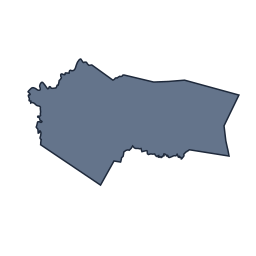 Trinidad de Copan, Copán, Honduras, rotated 9°
{"feature_id": "27666195B52553444667575", "entity_name": "Trinidad de Copan", "entity_type": "district", "adm_level": 2, "iso_a3": "HND", "parent_name": "Honduras", "parent_adm1": "Copán", "projection": "equal_earth", "projection_center": [-88.827, 14.944], "detail": "fine", "context": "isolated", "style": "filled", "palette": "slate", "viewbox_px": 256, "rotation_deg": 9, "n_neighbors": 0, "source": "geoboundaries", "source_scale": "gbopen_adm2", "svg_char_len": 5445}
<svg xmlns="http://www.w3.org/2000/svg" viewBox="0 0 256 256"><g transform="rotate(9 128 128)"><path d="M44.3,158.2L109.8,188.7L119.3,162.8L126.0,162.8L126.1,162.6L126.3,159.8L126.3,158.4L127.6,156.7L127.7,154.5L127.6,152.4L129.5,150.4L131.4,149.6L132.7,149.8L134.3,147.6L135.4,145.0L137.4,146.7L138.8,147.0L141.4,146.6L142.5,146.8L144.1,146.2L144.8,147.9L145.5,149.2L149.5,147.5L150.5,147.7L151.2,150.4L152.3,151.0L154.6,150.0L156.4,150.0L158.4,149.5L159.7,151.1L160.6,151.4L161.2,151.7L161.3,151.4L161.4,151.1L162.2,150.8L162.3,150.6L162.6,150.4L162.8,151.0L162.8,151.6L162.9,152.0L163.0,152.1L163.3,152.1L163.6,151.8L163.8,151.4L164.2,151.3L164.9,151.7L165.3,152.0L165.5,151.9L165.5,151.3L165.8,151.1L166.2,151.2L166.5,151.1L166.5,150.7L166.8,150.2L167.8,150.0L168.0,149.7L167.7,149.2L167.4,148.6L167.5,148.0L168.2,147.9L169.2,148.2L169.6,148.4L170.0,149.0L170.5,149.5L170.9,149.7L171.1,149.4L171.1,149.0L171.4,148.8L171.9,149.4L172.3,150.1L172.5,150.5L173.2,150.7L173.9,150.5L174.8,150.0L176.3,149.1L177.0,148.6L177.7,148.2L178.3,148.1L179.7,148.0L180.3,147.0L180.6,146.3L181.5,147.4L181.8,148.2L182.1,148.7L182.4,148.9L182.7,148.9L183.3,148.0L183.6,148.2L183.8,148.7L183.9,149.0L184.5,148.9L184.8,148.9L185.2,149.3L185.3,149.6L185.4,150.2L185.6,150.2L186.1,149.7L186.4,149.0L187.4,147.4L187.6,146.6L187.5,146.1L187.2,145.2L187.5,144.7L187.9,144.3L188.3,143.6L188.7,142.9L189.8,142.1L190.2,141.4L190.7,141.3L192.0,139.9L232.2,139.9L230.1,134.1L229.1,131.7L226.6,125.3L222.5,110.8L232.4,78.1L176.4,71.9L160.7,75.7L146.2,78.6L116.3,76.3L115.8,76.3L115.2,76.4L114.8,76.5L114.6,76.6L114.5,76.8L114.3,77.2L114.2,77.5L113.9,77.8L113.6,78.0L113.2,78.2L112.9,78.3L112.5,78.3L112.1,78.2L111.8,78.2L111.5,78.4L110.9,78.9L110.2,79.5L109.7,80.1L109.4,80.3L109.2,80.4L108.8,80.3L108.5,80.3L108.2,80.4L107.9,80.6L107.7,80.7L107.3,81.4L106.8,82.1L106.3,82.6L105.6,83.1L82.4,71.4L80.0,72.1L79.5,72.2L79.4,72.1L78.8,71.7L77.9,71.0L77.5,70.6L77.0,69.9L76.8,69.7L76.6,69.6L76.4,69.6L75.9,69.6L75.3,69.6L75.1,69.7L74.7,69.8L74.1,70.3L73.9,70.3L73.7,70.3L73.3,70.1L72.7,69.4L71.8,68.6L70.8,67.4L70.6,67.4L70.3,67.3L70.2,67.3L69.9,67.5L69.6,67.8L69.1,68.3L68.5,69.5L68.0,70.5L67.7,71.3L67.2,73.5L67.0,74.6L66.7,76.7L66.5,77.6L66.3,78.1L66.1,78.5L65.8,79.0L65.5,79.4L65.3,79.6L65.0,79.8L64.6,79.9L64.1,80.1L63.6,80.2L63.3,80.2L63.0,80.1L62.6,80.0L62.3,79.9L62.0,80.0L61.7,80.2L61.4,80.5L61.3,80.8L61.2,81.2L61.2,81.7L61.2,82.4L61.2,82.8L61.2,83.0L60.6,83.1L58.3,83.3L57.8,83.3L57.6,83.4L57.4,83.6L57.3,83.9L57.3,84.2L57.4,84.6L57.4,84.9L57.3,85.1L57.1,85.2L56.8,85.3L56.2,85.3L55.5,85.2L54.6,85.0L54.3,84.9L54.0,85.0L53.8,85.1L53.5,85.2L53.4,85.4L53.3,85.7L53.2,85.9L53.3,86.2L53.3,86.6L53.5,87.3L53.7,87.8L53.9,88.1L54.2,88.5L54.3,88.6L54.3,88.8L54.3,89.1L54.2,89.3L54.0,89.7L53.6,90.5L53.2,91.2L52.7,91.7L52.6,91.9L52.6,92.3L52.6,92.9L52.6,93.5L52.4,96.2L52.4,96.5L52.2,96.7L51.9,96.6L51.7,96.6L51.4,96.8L51.3,97.1L51.2,97.4L51.1,98.2L51.0,98.6L50.8,99.0L50.5,99.7L47.5,100.6L46.3,100.7L46.0,100.7L45.7,100.5L45.5,100.2L45.2,99.8L44.9,99.6L44.6,99.4L44.2,99.4L43.9,99.6L43.7,99.9L43.6,100.2L43.6,100.5L43.6,100.8L43.5,101.0L43.4,101.3L43.1,101.5L42.9,101.7L42.7,101.8L42.5,101.7L42.3,101.7L42.1,101.5L41.4,100.9L38.9,98.3L37.3,96.9L36.9,96.6L36.5,96.3L36.2,96.3L35.9,96.3L35.6,96.4L35.3,96.7L35.1,96.9L34.9,97.3L34.6,97.9L34.4,98.5L34.3,99.2L34.2,99.9L34.2,100.4L34.3,100.9L34.4,101.2L34.7,101.6L34.9,102.0L35.1,102.4L35.2,103.0L35.3,103.4L35.3,103.8L35.2,104.0L35.0,104.3L34.7,104.5L34.3,104.6L33.8,104.7L33.3,104.7L32.5,104.5L32.0,104.2L30.8,103.6L30.2,103.4L29.5,103.2L28.8,103.1L28.3,103.0L27.9,103.1L27.5,103.1L27.2,103.3L26.8,103.4L26.5,103.7L26.2,104.0L25.5,104.9L24.8,105.8L24.2,106.7L23.6,107.7L23.6,107.8L23.8,108.1L24.4,108.5L24.8,108.7L25.9,109.7L26.1,109.9L26.1,110.1L26.0,110.3L25.8,110.5L25.6,110.8L25.4,110.9L25.0,110.8L24.8,110.8L24.6,111.0L24.5,111.3L24.5,111.6L24.6,112.0L24.8,112.4L25.2,113.1L25.7,113.9L25.9,114.3L26.1,114.8L26.1,115.0L26.1,115.3L25.9,115.6L25.9,115.8L25.9,116.1L26.1,116.3L26.3,116.6L26.6,116.7L26.9,116.7L27.4,116.6L27.8,116.6L27.9,116.9L27.9,117.5L27.9,118.2L27.9,118.4L28.0,118.6L28.6,118.1L28.8,118.0L29.0,117.9L29.9,117.9L30.6,117.9L31.3,118.2L32.1,118.6L32.8,119.1L33.6,119.6L34.0,119.9L34.4,120.0L35.0,120.1L35.5,120.2L36.3,120.2L36.9,120.3L37.4,120.4L37.8,120.6L38.0,120.9L38.2,121.1L38.3,121.6L38.3,122.2L38.4,122.7L38.9,124.7L39.1,125.3L39.2,126.3L39.2,127.4L39.2,128.0L39.6,128.9L39.7,129.3L39.6,129.6L39.2,129.9L38.9,130.0L38.1,130.3L37.5,130.3L37.3,130.3L37.2,130.4L37.1,130.6L37.0,130.9L37.0,131.1L37.2,131.4L37.4,131.5L37.5,131.5L37.9,131.4L38.1,131.5L38.4,131.5L38.7,131.7L38.8,131.9L39.0,132.1L39.6,133.5L39.9,134.0L40.0,134.2L40.2,134.3L40.8,134.4L41.5,134.7L41.7,134.8L42.0,135.0L42.0,135.3L41.9,135.5L41.7,135.8L41.4,136.0L41.1,136.1L40.7,136.1L39.9,135.8L39.6,135.7L39.3,135.7L38.9,135.7L38.2,135.9L38.1,136.0L37.9,136.1L37.8,136.4L37.7,136.7L37.7,137.0L37.7,137.7L37.6,138.3L37.5,139.9L37.3,140.8L37.2,141.3L37.2,141.5L37.3,141.6L38.0,142.3L38.6,142.8L39.0,143.1L39.3,143.8L39.9,146.3L40.0,146.8L40.1,147.1L40.3,147.1L40.6,146.9L41.0,146.5L41.1,146.3L41.2,146.1L41.2,145.8L41.2,145.5L41.1,145.2L41.2,144.8L41.4,144.6L41.5,144.6L41.8,144.8L42.0,145.0L42.3,145.4L42.7,146.1L42.8,146.5L42.9,146.9L42.9,148.6L42.9,149.4L42.7,150.8L42.7,151.6L42.8,152.0L43.1,152.3L43.5,152.7L44.1,152.9L44.0,154.1L44.1,155.2L44.1,156.1L44.3,157.5L44.3,158.2Z" fill="#64748b" stroke="#1e293b" stroke-width="1.5"/></g></svg>